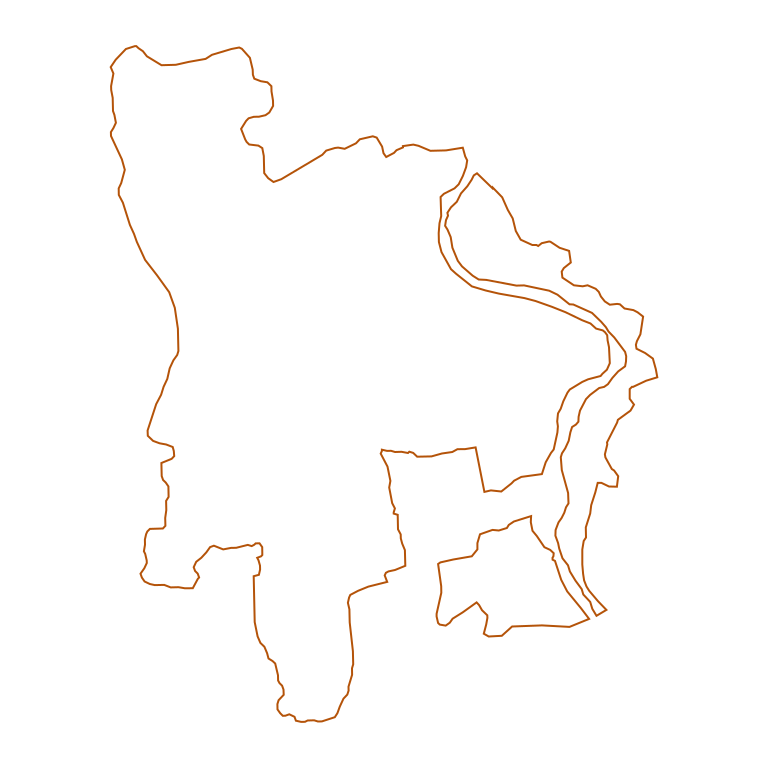 outline of Markz Mallawi, Al Minya, Egypt
{"feature_id": "37247803B90937698610862", "entity_name": "Markz Mallawi", "entity_type": "district", "adm_level": 2, "iso_a3": "EGY", "parent_name": "Egypt", "parent_adm1": "Al Minya", "projection": "mercator", "projection_center": [30.813, 27.775], "detail": "fine", "context": "isolated", "style": "outline", "palette": "amber", "viewbox_px": 768, "rotation_deg": 0, "n_neighbors": 0, "source": "geoboundaries", "source_scale": "gbopen_adm2", "svg_char_len": 6101}
<svg xmlns="http://www.w3.org/2000/svg" viewBox="0 0 768 768"><path d="M541.9,474.1L545.7,462.3L551.0,452.9L553.7,449.5L557.4,432.5L557.9,426.3L557.2,421.4L558.0,413.4L560.7,408.8L563.3,401.3L567.5,392.6L569.8,389.5L582.3,381.9L588.1,379.3L600.6,376.0L602.4,373.8L606.9,369.7L609.8,363.2L609.0,347.2L607.6,340.4L607.2,335.2L605.0,332.2L602.8,330.4L596.1,328.6L590.5,323.5L582.1,320.2L565.5,312.2L551.9,306.8L535.5,301.0L524.5,298.1L498.9,293.6L485.7,290.5L471.9,286.4L456.0,273.7L451.0,269.2L441.5,252.1L438.9,242.0L438.7,233.1L439.5,223.2L441.2,216.1L440.6,197.0L443.9,193.8L454.5,188.4L458.7,184.3L462.9,175.9L466.1,167.2L467.2,160.4L465.2,156.4L462.8,147.7L446.0,150.4L430.4,150.8L418.5,145.8L413.3,144.6L402.9,146.1L403.0,147.4L396.5,150.2L394.0,152.9L386.2,157.0L383.5,153.2L382.1,146.6L376.7,137.6L372.8,136.3L359.8,139.3L356.0,143.3L344.7,148.8L338.1,147.6L334.9,148.0L326.2,150.6L322.3,154.8L281.3,179.2L273.5,182.0L268.2,178.2L264.2,173.1L263.8,156.0L262.3,148.1L258.4,145.6L249.2,144.5L246.6,141.9L245.2,139.4L241.1,128.9L246.1,120.9L248.6,118.3L253.8,116.8L259.0,116.7L265.5,115.2L269.3,112.5L273.1,105.9L273.0,100.6L271.5,91.4L271.4,86.2L267.4,82.3L260.8,81.2L254.3,78.7L252.9,74.8L252.7,69.6L249.9,57.8L241.9,48.8L239.2,47.5L231.4,49.0L212.0,54.8L205.6,58.9L188.7,61.9L175.8,64.8L161.5,65.2L146.9,56.3L142.9,51.2L138.5,48.2L136.3,46.1L135.0,46.1L125.9,49.0L115.7,59.7L110.7,67.1L113.4,73.5L111.1,86.1L111.2,90.0L112.7,97.9L113.0,111.0L114.4,114.9L115.9,122.8L113.4,128.1L110.9,132.1L111.0,136.0L121.9,159.4L124.8,169.8L121.2,183.1L118.7,188.4L118.8,194.9L122.9,202.7L129.9,224.9L134.0,233.9L136.8,241.8L145.1,259.9L157.1,275.4L169.2,292.2L174.8,307.8L177.9,328.7L178.4,351.0L177.2,355.0L173.4,360.3L169.7,368.3L167.3,378.9L163.6,386.8L161.1,394.8L156.2,404.1L147.6,430.5L147.8,435.8L153.1,440.9L159.6,443.3L166.2,444.5L172.7,447.0L173.8,451.0L174.2,456.1L171.7,458.8L161.4,463.0L161.7,476.1L163.1,480.0L165.7,482.5L168.4,486.4L168.6,496.9L166.1,500.9L166.3,510.1L165.2,518.0L165.4,525.8L162.9,528.5L149.9,528.9L147.3,531.5L146.1,534.2L144.9,539.5L145.0,544.7L143.9,551.3L145.2,553.9L146.7,560.4L146.8,563.0L144.3,568.3L140.5,573.7L141.9,577.6L144.6,581.5L149.8,584.0L154.8,585.1L164.2,584.9L170.7,587.4L178.5,587.2L185.0,588.3L192.8,588.2L197.8,578.9L199.1,577.5L197.7,573.6L195.1,571.0L193.7,567.2L196.2,561.8L201.3,557.8L206.3,552.4L210.1,547.1L213.9,545.7L223.2,549.4L231.0,547.9L236.2,547.8L247.8,544.9L251.7,546.1L254.3,544.7L255.6,543.4L259.5,543.3L262.2,547.1L262.3,553.4L262.3,555.0L261.1,556.3L257.2,557.8L258.5,560.3L260.0,565.6L260.1,569.5L258.9,574.8L253.7,576.2L254.7,622.1L257.6,636.4L260.4,642.9L264.4,646.8L267.1,653.2L268.5,658.5L272.5,661.0L275.2,663.5L278.0,675.3L278.1,680.5L279.5,683.1L282.1,685.7L283.5,689.6L283.7,694.8L278.6,700.2L277.4,704.1L277.5,709.4L280.2,713.2L282.8,715.8L285.4,715.7L289.3,714.3L294.5,716.8L295.9,720.7L301.2,721.9L305.0,721.8L307.6,720.5L311.0,720.4L314.1,720.3L318.0,721.5L321.9,721.4L334.8,717.2L337.4,713.2L339.8,706.6L343.5,698.6L347.3,694.6L348.6,690.6L348.5,686.7L352.1,674.8L352.0,668.3L353.2,664.3L352.9,651.2L349.7,622.4L349.4,609.3L347.9,602.8L349.1,597.5L350.3,594.9L358.1,590.8L368.4,586.6L387.2,581.9L384.7,575.4L385.9,572.8L388.5,571.4L395.0,570.0L405.3,565.8L404.9,550.1L402.2,543.6L400.8,538.4L400.7,534.4L398.0,529.3L397.7,514.8L393.7,513.6L393.7,512.3L394.9,508.4L392.2,503.2L389.2,487.5L390.4,480.9L387.5,466.6L380.7,453.6L381.9,451.0L381.9,449.7L387.1,450.9L391.0,450.8L395.0,452.0L401.5,451.8L408.0,453.0L409.3,451.7L413.2,452.9L417.2,456.7L431.5,456.4L441.9,453.5L452.3,452.0L457.4,449.2L465.2,449.1L475.6,447.4L484.4,491.9L490.9,490.4L501.3,491.5L511.5,483.4L514.1,480.7L521.3,476.9L541.9,474.1ZM596.5,615.8L606.4,609.9L597.9,601.1L589.2,590.8L586.5,586.5L584.1,580.4L583.1,573.8L582.3,564.5L582.3,549.5L583.7,541.0L586.0,537.5L585.8,527.4L590.2,513.5L591.2,505.2L595.3,492.4L597.7,482.9L601.5,482.9L609.0,486.5L616.9,486.7L618.2,476.2L614.1,470.5L611.8,469.0L605.4,457.4L604.9,454.3L607.3,444.4L607.0,442.4L617.1,422.6L617.9,419.8L630.5,410.6L634.0,404.6L629.7,398.8L629.7,389.1L632.0,386.8L633.0,386.9L646.2,380.7L657.3,377.3L655.8,369.1L652.9,358.6L645.1,353.0L636.5,348.7L635.9,344.8L636.9,341.2L640.4,334.3L643.1,316.6L637.6,312.3L633.4,310.1L624.5,308.5L619.9,304.3L617.2,303.9L609.8,304.7L604.8,301.4L600.9,296.5L598.8,291.9L595.7,288.8L587.6,285.3L582.7,286.3L573.9,285.3L562.4,277.6L561.7,271.6L563.8,268.1L570.8,262.5L569.1,250.9L559.6,247.8L550.5,241.8L549.1,241.5L541.7,243.2L538.2,246.0L536.5,245.0L532.3,245.0L520.7,239.7L515.8,231.0L512.7,218.4L507.8,209.9L502.2,197.3L492.7,187.5L492.5,188.3L477.0,173.3L473.8,175.4L471.6,179.8L467.3,186.3L461.0,193.4L456.8,201.8L451.0,207.3L447.4,212.8L448.0,215.7L446.0,220.1L445.1,225.8L447.5,229.6L450.7,237.1L452.4,247.7L457.8,260.8L462.0,266.4L472.7,275.7L478.7,279.5L486.2,279.9L516.4,285.6L524.1,285.4L549.2,290.7L557.5,294.7L569.5,304.3L573.3,304.5L592.0,312.9L601.2,321.8L605.9,327.2L608.5,331.5L614.3,337.5L625.1,351.9L626.2,356.2L626.0,361.4L625.1,366.3L618.2,371.4L612.4,377.9L607.9,384.2L604.1,386.9L599.2,388.0L590.1,394.9L586.0,399.1L580.0,410.6L578.6,416.8L578.4,421.7L575.9,424.6L572.1,427.0L570.4,432.2L568.7,440.8L565.2,448.4L562.0,453.3L560.8,457.2L561.8,470.1L568.1,493.0L568.5,503.4L566.0,507.3L564.3,512.7L561.6,518.0L558.5,522.4L555.6,530.0L555.4,535.7L558.1,543.1L559.2,548.5L562.5,558.3L568.0,565.3L569.9,571.5L575.5,580.7L581.7,589.1L583.3,594.5L590.2,601.9L592.3,608.8L596.5,615.8ZM438.1,564.0L441.2,586.2L441.3,592.8L436.6,613.8L436.6,616.5L438.1,623.0L439.8,624.6L445.7,625.6L449.8,622.7L452.6,618.7L462.8,612.3L476.6,602.4L479.1,605.1L482.0,610.2L487.3,615.3L487.4,617.9L486.2,624.5L483.8,633.7L488.7,636.5L501.8,635.8L512.1,626.5L542.0,625.4L569.5,626.9L589.1,618.9L580.9,608.1L567.2,591.4L561.2,579.8L555.0,560.9L552.6,559.7L552.5,557.8L553.4,556.3L553.7,553.2L550.2,549.9L544.4,547.2L536.8,536.0L532.5,530.8L530.8,522.2L531.1,516.1L513.9,521.5L508.8,524.9L506.9,528.0L498.8,530.5L492.5,529.9L480.0,534.3L477.4,543.1L477.4,549.4L471.8,556.3L453.3,559.5L440.4,562.4L438.1,564.0Z" fill="none" stroke="#b45309" stroke-width="2"/></svg>